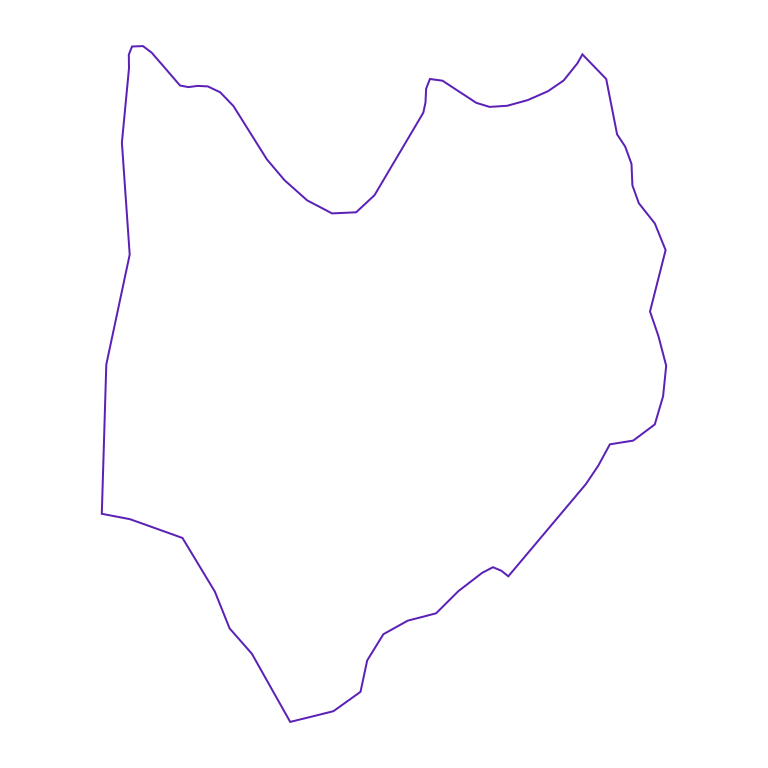 Kirundo, Equal Earth projection
{"feature_id": "BDI-2643", "entity_name": "Kirundo", "entity_type": "Province", "adm_level": 1, "iso_a3": "BDI", "parent_name": "Burundi", "parent_adm1": "", "projection": "equal_earth", "projection_center": [30.179, -2.549], "detail": "fine", "context": "isolated", "style": "outline", "palette": "violet", "viewbox_px": 768, "rotation_deg": 0, "n_neighbors": 0, "source": "natural_earth", "source_scale": "10m", "svg_char_len": 959}
<svg xmlns="http://www.w3.org/2000/svg" viewBox="0 0 768 768"><path d="M489.6,106.9L507.1,105.8L527.7,100.1L548.0,91.2L563.6,80.5L577.5,63.2L582.4,54.4L606.2,79.0L617.1,134.4L625.2,146.6L631.5,163.9L632.4,185.3L638.8,203.2L654.8,223.4L665.6,250.1L650.0,311.5L658.4,336.0L666.2,365.7L663.1,396.2L654.8,424.4L633.2,440.6L609.9,444.3L598.2,465.8L585.8,484.2L508.3,576.3L501.6,570.9L493.0,567.2L482.2,572.8L458.4,591.1L436.1,613.3L407.6,620.7L383.4,634.2L367.2,660.4L360.5,691.8L333.4,711.2L290.2,721.9L251.9,653.8L229.6,628.4L214.9,591.7L182.5,538.0L130.0,519.2L101.8,513.8L106.3,364.5L129.7,254.6L121.9,142.7L129.0,68.2L128.8,54.7L132.0,46.5L143.0,46.1L151.7,52.7L159.1,61.3L161.0,63.4L180.0,85.5L188.4,87.1L197.5,85.9L207.8,86.4L220.2,92.3L233.4,106.0L266.9,159.4L284.6,180.3L307.2,200.4L332.0,213.4L356.1,212.3L374.5,195.2L423.3,112.7L425.5,102.5L426.1,88.8L429.9,79.0L442.5,80.7L476.2,102.8L489.6,106.9Z" fill="none" stroke="#5b21b6" stroke-width="2"/></svg>